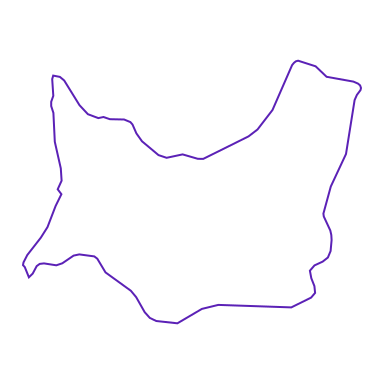 the border of Medio Campidano
{"feature_id": "ITA-5372", "entity_name": "Medio Campidano", "entity_type": "Province", "adm_level": 1, "iso_a3": "ITA", "parent_name": "Italy", "parent_adm1": "", "projection": "orthographic", "projection_center": [8.697, 39.58], "detail": "fine", "context": "isolated", "style": "outline", "palette": "violet", "viewbox_px": 384, "rotation_deg": 0, "n_neighbors": 0, "source": "natural_earth", "source_scale": "10m", "svg_char_len": 1143}
<svg xmlns="http://www.w3.org/2000/svg" viewBox="0 0 384 384"><path d="M28.9,277.3L24.8,267.1L23.0,265.1L23.5,262.4L27.3,255.0L40.8,237.7L47.5,227.1L55.6,206.0L61.4,194.2L57.7,189.3L61.6,180.7L60.8,168.4L54.8,141.8L53.4,112.9L51.2,106.1L51.2,101.8L53.3,95.8L52.2,79.1L53.2,75.6L59.9,76.9L64.2,80.5L79.5,105.2L87.9,114.2L98.3,118.1L103.4,117.0L109.9,119.2L124.1,119.5L130.4,122.1L132.5,124.5L136.4,133.4L142.0,141.3L158.5,155.1L166.6,157.8L182.6,154.4L197.8,158.8L203.2,158.9L248.5,136.4L257.5,129.5L272.5,110.0L292.1,65.1L294.0,62.8L295.9,61.3L298.1,60.7L315.6,66.3L326.6,76.8L353.4,81.6L358.0,83.6L360.1,85.4L361.0,88.0L360.5,90.1L356.9,94.9L354.6,100.1L346.0,154.0L330.8,186.5L323.4,213.6L323.8,216.5L330.3,230.5L331.3,235.0L331.6,240.0L330.6,251.0L327.9,257.5L322.7,261.6L314.5,265.4L309.9,270.7L311.3,278.2L314.4,286.1L315.1,292.9L311.1,297.6L291.3,307.4L218.3,304.9L201.9,308.9L177.4,323.3L156.2,321.0L149.8,317.9L144.7,312.2L136.2,297.2L130.9,290.8L105.5,272.4L97.3,258.7L94.3,256.4L79.3,254.4L73.6,255.6L62.3,263.3L56.3,265.3L44.0,263.4L39.7,263.9L36.7,266.1L32.7,273.6L28.9,277.3Z" fill="none" stroke="#5b21b6" stroke-width="2"/></svg>